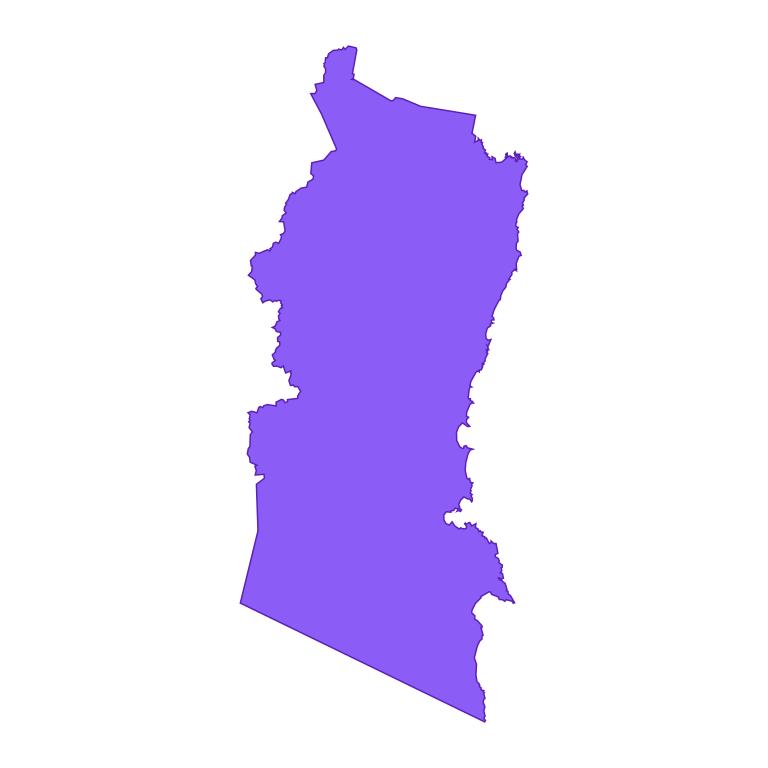 the district of Bega Valley, New South Wales, Australia
{"feature_id": "25037944B16891547173569", "entity_name": "Bega Valley", "entity_type": "district", "adm_level": 2, "iso_a3": "AUS", "parent_name": "Australia", "parent_adm1": "New South Wales", "projection": "natural_earth1", "projection_center": [149.95, -36.816], "detail": "fine", "context": "isolated", "style": "filled", "palette": "violet", "viewbox_px": 768, "rotation_deg": 0, "n_neighbors": 0, "source": "geoboundaries", "source_scale": "gbopen_adm2", "svg_char_len": 6101}
<svg xmlns="http://www.w3.org/2000/svg" viewBox="0 0 768 768"><path d="M484.7,721.9L485.5,720.4L483.8,718.5L485.1,716.1L483.8,710.9L484.9,706.7L483.2,702.3L483.8,699.5L485.0,698.3L483.7,693.8L484.4,692.6L483.1,691.6L483.8,690.6L481.1,689.9L481.1,687.8L479.3,686.5L479.8,685.5L478.9,683.4L477.0,681.9L475.9,675.0L476.5,664.3L474.3,657.9L477.2,646.4L479.6,641.2L481.9,639.1L482.0,635.8L483.1,635.3L481.0,627.6L481.8,627.7L482.2,626.1L477.4,620.7L474.7,619.2L474.9,615.8L471.6,612.7L472.0,610.4L475.3,603.5L481.0,597.8L480.7,596.7L488.9,591.9L490.5,592.1L491.6,594.4L498.1,596.8L499.3,599.5L502.3,599.6L504.8,601.3L506.1,599.7L511.8,601.1L513.3,603.2L514.6,602.8L510.6,595.8L508.2,593.8L508.0,591.4L506.3,590.8L507.0,589.4L505.1,583.3L502.5,581.5L501.7,579.6L500.2,580.1L498.4,578.1L499.3,577.8L500.1,579.3L503.4,578.1L502.4,573.5L500.3,572.8L501.8,570.9L501.1,567.8L502.1,567.5L502.4,565.1L498.9,562.7L499.2,560.7L498.1,558.3L495.3,556.8L495.2,554.6L497.9,553.3L496.0,543.5L493.8,543.6L491.1,541.0L491.1,542.5L489.2,543.4L486.4,538.0L485.0,538.4L484.8,536.7L481.9,535.8L483.1,532.4L482.8,532.0L481.1,532.1L480.1,530.7L479.1,531.6L477.9,528.8L475.3,527.5L475.9,523.7L471.7,525.9L469.8,522.5L465.8,524.1L465.2,523.1L464.6,523.9L466.4,525.7L466.4,528.2L464.3,529.0L460.5,527.9L459.2,529.0L454.7,525.9L452.1,521.8L449.3,525.0L446.1,523.7L443.9,519.9L443.8,515.0L446.3,511.8L450.9,512.2L451.0,510.8L453.5,510.5L455.4,508.1L458.3,509.2L457.1,511.1L458.4,510.5L460.5,511.5L461.5,509.9L459.8,508.4L458.9,508.9L459.7,506.9L458.6,504.6L460.8,500.0L463.9,496.9L467.8,499.0L469.4,498.7L471.7,501.8L472.3,500.7L472.3,498.2L470.8,495.7L472.2,494.6L470.2,493.2L471.1,490.6L470.4,489.5L472.0,486.0L471.7,483.3L473.5,482.8L470.4,482.4L469.6,478.5L468.3,479.2L466.8,478.0L465.2,470.3L465.7,463.0L467.9,454.2L470.1,450.1L472.8,449.2L467.7,447.9L466.0,445.6L463.9,446.3L463.9,447.9L462.7,448.5L459.9,447.0L456.7,440.4L456.5,432.3L458.6,426.8L462.4,422.9L467.8,426.6L469.7,426.3L466.3,422.5L466.5,419.7L468.6,417.3L466.6,416.4L466.6,412.3L470.1,404.2L472.0,403.0L474.4,403.2L472.5,402.8L472.5,401.4L470.4,400.8L470.4,398.7L469.0,399.0L468.2,397.7L469.2,389.2L470.2,387.1L471.6,386.9L470.0,385.9L470.7,381.8L475.9,372.3L477.8,371.0L479.3,371.9L479.3,369.9L481.2,369.9L482.7,366.9L482.0,365.8L483.5,364.5L482.6,363.8L483.9,363.7L483.4,362.6L485.1,361.1L485.2,358.7L487.8,353.4L486.6,352.6L487.5,351.5L486.5,350.5L488.4,349.9L487.0,349.3L488.3,348.4L487.0,345.2L488.2,345.9L490.9,339.5L487.7,340.3L486.0,337.9L485.7,333.9L487.3,328.1L490.7,325.8L490.3,324.0L493.0,323.1L491.6,322.6L491.2,321.0L491.6,320.0L493.9,319.9L493.7,318.0L492.0,316.4L494.1,309.8L498.8,300.6L500.3,299.6L500.8,295.5L502.9,290.7L505.8,287.2L506.6,283.1L508.9,280.7L508.7,279.5L509.9,279.4L509.2,278.6L512.0,274.3L511.6,272.5L514.5,269.7L516.0,270.5L515.3,269.3L516.6,269.5L516.2,263.5L519.0,256.2L521.2,255.4L520.2,252.1L516.8,250.3L516.1,248.5L516.4,243.1L518.1,241.2L517.5,233.7L518.8,232.0L517.1,229.5L518.2,227.4L515.9,226.5L515.9,223.0L516.7,222.6L516.6,219.3L518.9,213.7L523.3,208.7L522.3,205.9L523.4,205.1L522.4,203.3L524.2,200.2L524.0,198.1L527.7,194.0L526.9,190.9L525.2,192.1L523.8,190.4L521.7,190.4L520.0,184.6L522.0,174.6L527.2,166.4L525.6,164.6L527.1,161.9L524.4,159.6L522.8,156.4L523.4,158.9L519.9,159.1L519.5,158.0L520.4,156.7L519.5,156.7L519.6,154.8L518.6,156.2L518.7,154.2L517.7,154.1L516.7,155.8L515.1,151.8L514.2,153.4L515.1,155.7L518.0,158.9L516.9,161.6L515.3,160.9L516.1,159.5L514.2,157.5L512.8,158.1L511.7,156.8L511.1,157.6L510.0,155.8L507.7,156.9L507.1,153.1L505.7,154.2L506.4,157.4L504.6,157.1L506.7,157.9L501.7,162.2L496.0,162.7L495.1,158.4L492.0,156.7L492.3,159.6L489.3,159.3L489.8,157.8L487.1,156.2L487.7,154.1L486.1,154.3L486.4,153.0L484.5,152.8L485.4,150.0L483.1,148.2L483.4,147.0L481.9,144.1L482.5,142.5L481.1,142.3L481.4,139.8L480.0,140.5L478.3,138.3L478.2,140.5L474.6,142.2L475.7,136.2L472.0,133.4L475.6,115.3L420.5,106.3L402.7,98.8L395.7,97.6L393.7,100.1L391.2,101.0L354.6,79.8L351.8,79.3L353.4,78.3L354.0,74.2L352.4,73.9L356.8,49.8L356.0,47.8L348.3,46.1L345.1,49.5L343.5,47.4L341.7,50.0L338.8,49.1L337.1,50.3L333.4,50.3L328.6,53.8L327.4,57.7L325.6,57.8L325.1,62.8L323.9,63.6L324.5,65.1L323.9,66.2L325.5,68.6L325.6,72.5L323.8,75.3L323.8,82.5L315.1,84.4L316.8,90.4L315.1,93.5L310.7,93.6L321.5,114.0L336.7,149.2L335.3,150.9L331.3,151.5L323.8,160.1L311.8,162.8L310.8,173.4L313.6,176.0L312.9,179.3L308.0,182.0L306.6,187.2L301.2,188.1L295.9,191.7L295.2,193.7L292.4,192.4L291.8,194.0L290.2,194.3L288.4,199.4L285.6,203.3L286.5,204.3L284.7,207.1L284.1,210.2L286.1,212.9L282.2,215.9L282.1,218.0L279.4,221.5L283.6,221.8L285.1,230.8L283.5,233.5L280.5,234.7L281.4,236.0L281.2,238.4L278.7,243.3L275.8,242.2L273.3,243.3L272.5,247.1L270.0,248.8L270.7,249.7L269.7,251.0L267.6,249.7L259.2,253.3L255.4,252.4L255.4,255.2L250.5,260.5L251.2,265.9L252.3,266.1L251.7,271.5L248.4,275.3L254.8,279.8L255.7,283.8L257.5,286.5L255.9,288.4L256.2,289.3L262.0,294.3L262.5,296.7L260.8,298.7L262.8,302.8L265.4,301.0L270.1,299.9L272.9,301.9L274.5,300.5L276.5,301.2L278.2,300.4L281.0,300.7L280.8,303.1L282.5,305.1L281.4,305.6L282.4,307.8L280.5,308.2L278.4,311.8L280.1,313.3L278.5,315.9L278.7,318.8L279.9,320.6L277.0,321.7L275.4,325.8L272.3,327.5L274.8,328.5L276.4,331.5L280.5,332.4L280.6,335.1L277.6,337.5L277.7,341.5L279.7,341.8L279.8,345.4L276.6,348.1L275.3,350.8L275.7,351.9L272.3,354.8L274.1,359.4L275.4,360.3L272.0,363.0L272.1,364.3L273.5,366.3L277.0,366.1L281.1,367.7L283.3,366.1L285.7,373.0L290.9,370.9L290.5,372.9L291.4,373.9L288.9,380.6L290.5,385.5L293.2,385.0L294.7,386.8L297.6,386.5L300.6,391.2L297.8,395.7L297.7,398.4L287.5,399.6L287.5,401.7L285.0,402.6L283.4,400.0L281.5,399.4L276.1,402.2L276.1,405.9L267.3,404.6L263.6,405.9L262.7,407.6L260.0,406.5L258.8,407.5L257.1,412.7L251.6,411.3L248.0,412.7L250.2,415.0L249.2,418.9L250.2,420.3L248.7,421.7L250.1,423.2L249.1,427.6L252.4,431.9L250.3,434.6L249.9,446.5L248.3,448.6L247.3,454.0L249.5,457.2L250.2,462.2L256.9,465.2L254.9,466.3L256.3,470.6L255.2,475.0L264.0,474.3L264.4,477.3L263.9,478.7L256.4,484.3L258.0,530.8L240.3,603.1L484.7,721.9Z" fill="#8b5cf6" stroke="#5b21b6" stroke-width="1.5"/></svg>